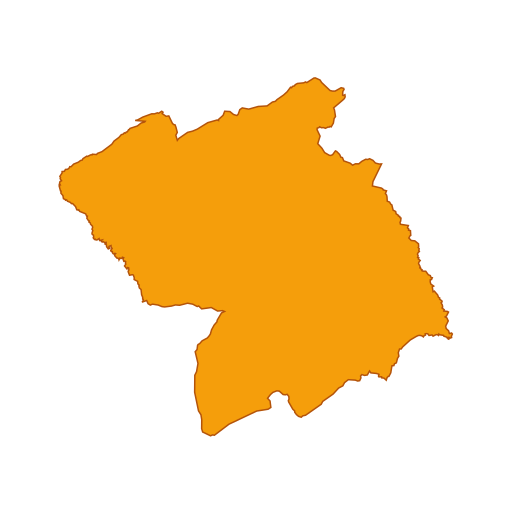 outline of Mkushi, Central, Zambia, rotated 7°
{"feature_id": "96606910B76461295717926", "entity_name": "Mkushi", "entity_type": "district", "adm_level": 2, "iso_a3": "ZMB", "parent_name": "Zambia", "parent_adm1": "Central", "projection": "mercator", "projection_center": [29.248, -13.765], "detail": "fine", "context": "isolated", "style": "filled", "palette": "amber", "viewbox_px": 512, "rotation_deg": 7, "n_neighbors": 0, "source": "geoboundaries", "source_scale": "gbopen_adm2", "svg_char_len": 6065}
<svg xmlns="http://www.w3.org/2000/svg" viewBox="0 0 512 512"><g transform="rotate(7 256 256)"><path d="M148.5,315.7L152.9,313.5L154.7,316.5L157.1,317.6L159.1,316.4L164.9,316.6L168.8,317.7L171.5,317.7L178.2,316.0L182.0,314.4L186.2,314.2L193.8,311.2L199.0,311.5L203.8,313.3L205.2,312.6L208.5,315.1L217.9,312.6L224.6,315.3L229.5,314.3L231.5,314.9L228.7,316.7L225.3,324.5L225.3,326.0L222.9,329.6L220.9,334.6L220.2,339.1L219.1,341.2L217.7,343.3L212.8,346.8L210.8,349.8L209.3,350.9L208.9,351.8L208.9,356.0L207.3,358.4L211.5,369.7L211.1,378.0L209.8,381.8L211.7,398.7L217.8,416.7L220.7,420.3L222.1,425.1L223.1,434.0L224.5,437.2L232.8,440.0L234.8,438.8L236.5,439.0L249.7,426.2L275.6,409.8L286.7,406.6L289.2,404.5L287.6,398.2L284.8,395.8L287.3,391.7L289.4,389.3L293.1,387.3L295.6,387.3L299.8,390.2L302.1,390.2L303.8,389.5L305.7,391.4L306.2,394.0L305.7,395.6L306.2,396.9L311.2,403.6L313.2,405.0L313.5,406.4L315.5,408.5L317.8,410.0L320.6,410.5L321.8,409.0L324.6,408.0L338.8,395.2L339.9,392.2L349.4,383.6L354.1,377.0L358.0,374.3L359.3,370.9L362.7,367.5L369.7,367.1L372.2,367.7L374.1,367.1L375.0,364.2L374.4,362.4L375.5,360.8L378.3,361.3L381.0,360.5L382.7,356.3L384.2,358.0L389.8,357.9L392.1,358.3L392.5,358.5L392.2,360.3L392.7,361.0L395.4,360.6L395.6,361.6L397.9,361.6L400.4,363.4L400.9,360.7L401.9,359.4L402.6,359.3L404.0,355.5L404.3,348.4L406.2,348.0L406.6,346.0L408.1,345.2L408.4,344.5L408.9,340.3L410.0,338.0L409.0,334.6L409.8,330.8L411.4,330.6L412.7,328.3L419.4,320.5L424.6,316.5L426.6,315.2L428.3,314.8L430.3,315.0L432.0,315.9L432.4,314.8L433.8,313.9L433.4,312.7L434.3,312.3L436.0,312.3L437.4,313.8L440.4,312.9L441.5,314.0L444.3,312.1L445.7,312.0L446.8,312.6L447.0,311.2L447.8,311.8L451.8,311.9L452.2,312.7L455.2,313.3L455.8,314.1L456.6,313.5L456.9,315.0L457.5,315.1L458.1,313.4L458.8,313.8L460.1,313.1L459.7,311.9L460.4,309.5L459.5,308.6L457.4,309.4L456.3,306.8L453.6,304.8L452.8,302.5L454.7,297.0L453.0,294.2L451.2,293.4L452.4,292.3L453.9,288.2L452.9,287.7L449.1,287.7L449.4,286.4L447.0,284.9L447.5,283.9L446.9,281.9L445.4,279.9L446.3,278.8L446.0,277.9L443.5,276.5L443.5,275.3L442.1,274.7L441.1,272.6L437.3,269.1L436.1,269.9L434.7,265.1L436.0,264.2L432.9,262.5L432.0,260.3L431.9,258.3L433.1,258.0L433.6,256.1L432.4,256.1L431.4,254.2L429.3,253.6L426.3,250.4L423.7,250.7L422.3,250.3L422.5,249.4L421.1,248.7L420.7,247.6L420.0,247.7L420.1,246.3L418.3,243.8L418.3,242.6L419.5,240.4L417.5,239.2L417.8,237.9L416.6,237.7L416.9,236.0L416.0,234.5L416.4,233.1L417.6,231.5L416.9,230.7L417.1,228.9L416.0,227.9L416.3,226.9L415.8,224.1L411.8,221.6L408.2,221.7L405.5,219.5L406.4,217.2L407.1,216.7L406.2,212.0L404.3,211.8L404.4,210.7L402.9,209.6L403.5,207.2L395.5,206.9L394.8,205.0L395.3,203.9L395.3,200.7L394.1,200.3L393.9,199.3L392.5,199.0L392.4,198.3L389.9,197.0L389.2,194.8L386.5,193.8L384.6,188.7L383.5,188.2L382.0,186.2L379.6,185.6L378.8,181.3L378.1,179.5L376.8,178.3L377.6,175.4L374.2,174.9L373.9,174.2L372.3,173.3L363.0,172.3L363.0,167.9L369.4,149.3L367.1,149.7L363.2,149.2L360.4,146.8L356.9,145.6L355.1,146.6L353.1,146.6L349.4,149.2L346.8,152.0L343.4,152.4L340.8,154.1L338.2,152.4L331.5,150.9L329.8,147.8L328.2,147.6L326.6,145.0L323.3,142.4L322.0,142.0L319.7,146.1L318.0,147.1L316.5,147.1L311.5,145.0L308.3,141.0L303.6,137.0L305.0,129.2L301.2,123.2L301.2,121.6L302.8,120.9L303.4,120.0L305.3,120.7L307.6,120.3L309.3,120.8L311.7,119.3L312.9,119.2L313.6,118.4L314.9,118.7L316.6,114.7L316.8,110.0L317.9,107.9L316.1,101.5L315.0,99.5L323.1,90.7L324.5,89.0L325.1,87.2L324.6,85.1L323.0,86.1L322.4,85.9L322.1,82.2L323.1,79.9L322.6,78.9L320.0,78.6L314.4,82.7L311.8,83.0L309.3,82.7L300.0,75.8L298.1,73.5L293.2,72.0L291.8,72.3L285.3,77.7L283.9,77.2L282.3,78.3L276.1,79.7L274.0,81.2L273.5,82.4L271.5,83.2L270.8,84.6L269.7,84.3L266.9,89.2L263.7,92.9L257.8,98.2L256.4,100.1L253.5,101.2L248.7,105.7L240.0,107.3L230.9,111.1L224.3,110.7L222.1,112.7L221.0,117.6L219.9,118.9L216.5,118.3L212.5,115.8L207.3,116.1L206.2,120.4L202.1,125.1L202.3,126.1L200.7,125.8L191.9,129.5L182.2,137.3L177.8,139.8L173.1,141.6L165.0,148.8L163.8,150.8L161.7,145.9L162.8,142.9L160.9,138.0L159.7,135.7L158.4,135.6L156.9,134.6L152.4,127.6L149.7,128.3L145.5,126.1L146.2,124.6L144.8,123.8L141.9,126.2L140.7,125.9L137.8,127.3L135.1,127.6L126.7,131.9L122.0,135.3L119.6,136.2L129.6,135.8L129.1,136.6L125.8,138.0L122.4,141.4L115.4,144.7L114.6,146.2L114.1,146.2L113.2,148.4L112.2,148.7L111.4,149.9L110.3,149.8L109.3,151.2L107.5,152.0L105.5,155.0L101.1,159.2L99.3,162.6L90.4,171.2L86.1,173.5L85.4,174.7L81.2,174.9L81.1,175.5L79.5,175.8L76.7,177.7L75.9,177.5L72.4,180.4L71.8,182.0L70.2,182.6L68.3,184.5L63.8,187.0L61.6,189.9L60.3,190.0L59.8,191.5L58.4,192.9L56.3,193.3L55.5,195.3L53.2,195.8L53.4,197.2L51.6,200.9L52.4,202.0L52.2,203.2L53.8,205.0L52.4,206.0L52.1,207.9L53.0,209.2L52.1,209.3L52.5,210.3L52.1,210.5L54.0,215.2L54.6,215.4L54.7,217.4L57.0,219.6L57.9,222.6L60.1,223.3L60.2,223.8L61.2,223.4L62.2,224.6L65.2,225.4L66.4,226.5L67.6,226.3L70.9,229.0L72.5,232.0L74.2,231.8L74.1,232.2L75.0,232.4L75.5,233.2L81.8,234.9L83.0,237.0L83.8,237.0L83.5,239.1L85.3,241.2L86.3,241.6L86.0,242.6L87.4,243.3L87.9,244.6L90.0,246.3L90.4,247.8L89.9,249.3L90.9,250.5L90.4,253.4L90.8,254.5L92.1,255.1L92.6,257.1L92.2,257.8L93.7,259.3L94.5,258.9L95.2,259.6L96.3,259.4L98.1,257.8L98.9,259.7L100.9,259.0L100.3,259.7L101.0,260.6L102.1,260.8L102.4,260.2L104.2,261.2L105.6,260.7L105.8,261.5L104.8,262.5L106.1,263.0L106.6,265.0L108.5,267.0L109.9,266.1L109.0,265.3L108.9,264.4L110.8,263.3L111.1,264.8L112.3,266.1L111.1,268.0L111.4,268.8L112.9,269.1L112.9,270.0L113.9,271.1L114.8,271.3L115.5,270.6L116.3,270.7L115.4,272.1L116.0,273.2L118.3,275.1L119.1,274.9L120.2,275.7L120.5,276.5L121.2,274.5L122.2,275.0L123.1,274.6L123.5,273.5L124.9,273.8L124.4,275.3L125.5,277.4L126.5,277.0L127.4,277.6L127.2,278.9L127.8,279.9L126.7,281.9L129.5,284.6L130.0,283.1L131.0,283.2L131.5,285.2L131.0,287.1L132.8,290.5L135.6,289.6L136.6,289.9L137.8,292.4L137.9,294.2L141.6,295.6L142.2,298.1L143.6,299.1L143.4,300.0L144.1,301.9L146.0,303.3L147.2,308.4L148.5,310.7L148.8,312.6L149.4,312.8L149.4,314.4L148.5,315.7Z" fill="#f59e0b" stroke="#b45309" stroke-width="1.5"/></g></svg>